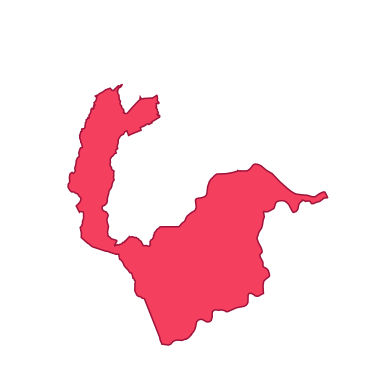 outline of Barranco De Loba, Bolívar, Colombia, rotated 154°
{"feature_id": "7082276B19488322706290", "entity_name": "Barranco De Loba", "entity_type": "district", "adm_level": 2, "iso_a3": "COL", "parent_name": "Colombia", "parent_adm1": "Bolívar", "projection": "natural_earth1", "projection_center": [-74.141, 8.804], "detail": "fine", "context": "isolated", "style": "filled", "palette": "rose", "viewbox_px": 384, "rotation_deg": 154, "n_neighbors": 0, "source": "geoboundaries", "source_scale": "gbopen_adm2", "svg_char_len": 6066}
<svg xmlns="http://www.w3.org/2000/svg" viewBox="0 0 384 384"><g transform="rotate(154 192 192)"><path d="M207.9,319.1L208.9,319.4L210.0,318.1L210.3,318.7L211.3,319.6L212.0,319.7L216.1,318.4L217.7,317.6L219.2,318.3L220.1,321.2L224.8,321.7L228.5,321.0L231.8,321.0L233.5,320.5L236.9,320.6L236.6,319.7L235.7,319.8L236.2,318.6L238.5,316.0L240.9,315.2L240.9,314.6L241.5,313.8L241.2,312.8L242.0,313.0L242.4,312.4L242.8,312.3L243.0,312.0L242.8,311.1L243.7,310.3L244.6,309.9L244.9,310.1L244.7,310.7L244.9,311.0L245.2,310.5L246.4,310.7L247.7,308.5L249.2,307.0L250.7,306.4L252.1,303.7L252.4,303.8L252.5,304.5L253.0,304.5L254.4,303.2L255.6,303.2L256.2,301.5L257.5,301.0L258.3,299.3L259.2,298.5L259.3,297.7L259.8,297.1L261.0,296.3L263.4,297.0L264.0,296.2L264.1,295.1L265.6,295.0L266.1,293.9L267.2,293.3L267.5,292.4L268.4,291.9L268.5,291.0L269.1,290.2L269.4,288.8L269.5,287.0L270.2,285.4L270.0,284.5L270.4,282.1L271.0,280.2L271.5,280.0L272.5,280.5L273.4,280.2L276.4,277.1L277.1,275.4L277.5,273.5L280.2,272.8L282.5,270.7L284.1,267.9L286.7,265.1L287.3,263.8L287.6,262.0L290.2,260.6L290.5,260.7L291.2,262.2L293.1,262.0L294.1,261.3L295.8,258.9L297.3,255.1L298.1,254.1L299.7,253.4L301.1,251.1L301.3,250.1L301.0,247.0L300.6,245.7L300.0,244.7L298.4,244.1L296.8,241.5L295.5,240.5L295.5,238.4L294.5,235.2L295.1,234.1L296.7,232.4L298.4,231.5L302.2,230.2L302.1,223.2L301.4,223.5L299.0,222.2L298.6,221.5L298.9,220.2L301.0,215.9L303.7,213.1L304.2,211.5L305.4,210.7L306.0,209.9L308.0,209.2L309.5,203.4L311.5,199.7L308.6,192.5L307.9,191.2L307.2,190.4L307.0,189.4L305.5,186.4L295.5,176.6L293.6,175.4L291.7,173.3L287.6,169.4L285.2,168.2L286.5,163.4L285.8,162.3L285.3,160.6L285.0,157.9L285.3,155.5L284.4,152.0L283.8,150.5L283.2,146.7L281.9,145.5L282.1,143.3L282.9,140.5L282.1,139.4L282.4,137.9L281.8,137.0L284.0,133.8L284.3,132.8L286.6,128.8L286.8,126.8L286.7,123.2L285.9,121.7L284.0,120.3L283.5,118.6L281.6,117.1L281.6,116.5L284.7,76.1L285.5,72.7L285.6,71.2L285.4,71.1L285.8,68.5L280.1,64.7L277.7,64.6L274.8,65.9L272.8,66.0L270.9,65.7L266.0,63.0L262.0,62.6L261.9,62.3L259.2,62.5L255.1,64.0L255.2,64.3L252.2,65.6L249.8,67.2L247.7,69.4L244.7,73.3L242.4,74.2L239.4,73.6L237.7,71.7L236.0,69.1L234.6,68.2L233.1,67.8L231.9,67.9L230.9,68.3L228.9,70.4L226.6,74.8L225.8,75.6L223.6,76.1L222.5,75.8L219.2,73.6L217.8,73.5L214.9,71.3L213.6,69.3L212.2,68.8L203.6,68.5L201.2,68.1L195.3,66.4L192.7,66.6L191.3,67.3L190.1,68.3L186.8,74.7L185.2,75.8L184.5,75.7L182.9,74.7L180.8,71.5L180.9,71.2L179.5,69.9L177.8,69.3L172.8,69.6L172.3,69.4L169.2,76.7L166.6,80.4L163.3,81.5L160.3,82.0L159.3,82.5L158.8,83.1L158.1,86.2L157.9,88.5L158.5,90.5L160.3,92.9L160.7,94.3L159.6,96.4L159.0,98.1L159.2,103.3L158.7,105.5L157.9,106.2L155.7,106.9L155.2,107.4L154.9,108.1L154.3,111.0L154.5,117.4L154.0,121.8L149.5,126.5L145.1,129.2L142.9,131.8L140.5,135.3L137.9,138.0L136.6,142.3L135.8,143.0L134.8,142.0L132.4,141.0L126.3,141.2L125.3,141.5L121.7,145.3L120.0,146.1L117.6,145.8L114.9,144.8L113.1,143.6L112.2,142.5L111.0,140.0L110.5,137.6L110.4,131.7L110.1,129.7L109.7,129.1L107.1,128.9L105.2,129.6L104.1,130.5L102.1,133.2L100.7,134.5L99.0,135.5L97.4,135.4L96.5,136.4L95.5,135.8L94.1,133.8L91.0,132.8L90.0,131.6L89.7,129.2L88.0,128.3L86.0,128.3L82.5,127.9L81.5,127.5L76.0,128.6L74.4,128.2L73.3,127.5L72.5,127.7L72.5,132.0L72.7,133.8L73.6,134.3L74.9,134.6L78.3,134.6L83.5,133.7L86.1,135.1L89.9,138.6L94.7,141.4L99.3,144.5L100.4,145.7L102.6,149.0L104.8,153.6L108.6,162.9L111.9,173.4L115.6,178.9L118.5,185.4L120.7,187.9L122.7,189.3L123.9,189.6L125.3,189.5L129.5,187.4L132.8,186.8L135.2,187.7L140.9,190.6L141.4,191.1L141.5,190.7L147.3,191.8L153.3,193.5L161.6,197.2L163.5,197.1L169.5,195.1L171.9,193.7L175.7,189.8L179.0,184.5L179.9,183.5L180.8,182.8L182.1,182.3L183.2,182.3L185.7,182.6L189.6,183.8L190.6,184.0L192.1,183.6L192.7,182.7L194.5,177.3L195.3,175.9L196.9,174.5L198.0,174.0L202.0,173.7L206.6,172.6L208.5,171.5L211.0,169.2L211.8,168.8L214.5,168.4L218.9,166.5L235.9,174.7L236.6,174.3L240.3,173.6L241.6,172.6L243.5,172.0L244.5,170.3L245.5,170.0L246.5,168.1L247.4,167.7L248.0,167.1L250.0,166.8L251.6,165.7L251.9,164.5L252.4,163.9L252.4,163.1L253.0,162.9L253.1,162.3L253.6,162.0L254.8,162.1L255.9,163.5L259.3,165.2L259.4,170.0L260.6,172.2L260.6,173.2L261.5,174.2L262.2,175.7L263.3,176.0L265.0,177.9L267.2,178.5L267.8,179.5L268.9,178.7L270.0,178.6L270.7,178.0L271.8,178.0L272.5,177.2L274.0,177.3L274.1,176.8L274.6,176.6L276.5,177.0L277.5,176.2L279.1,176.3L279.6,176.6L281.5,176.5L282.1,177.4L282.5,177.5L284.9,177.5L284.6,178.4L281.0,180.8L281.1,181.7L285.0,185.3L286.0,188.3L286.6,188.9L286.4,190.3L285.4,193.2L282.1,197.7L281.5,201.9L280.5,204.7L277.7,207.5L277.4,208.5L277.7,211.5L279.6,213.6L280.1,214.6L280.1,216.0L279.8,217.2L278.7,218.5L276.3,218.3L273.5,219.3L272.1,221.0L270.6,223.8L268.2,226.4L266.2,229.1L264.2,230.5L263.4,230.7L261.4,232.5L260.6,233.8L258.2,236.3L256.9,236.8L256.5,237.6L256.4,239.1L254.9,241.4L254.4,242.9L252.9,245.0L254.3,247.4L253.6,249.3L253.9,250.9L253.6,252.8L252.2,254.6L251.2,257.3L248.6,259.0L247.5,259.0L244.8,260.4L243.4,260.1L243.0,260.2L242.6,262.6L241.9,263.2L239.8,263.5L239.5,264.1L239.7,265.1L239.4,265.7L236.8,268.6L235.3,271.4L231.8,273.7L230.5,274.0L228.5,273.9L225.5,275.7L223.7,275.4L224.2,270.6L219.5,270.5L210.7,269.8L210.2,272.6L206.9,272.4L206.8,272.2L201.6,272.8L201.2,271.6L197.7,271.7L197.7,272.6L188.3,273.5L187.8,274.2L187.6,275.2L189.0,275.6L189.3,277.0L188.5,276.8L187.5,277.9L187.5,280.0L187.0,282.0L187.4,283.3L187.3,283.8L186.7,283.8L186.4,284.2L186.5,284.7L185.5,286.5L185.4,287.1L184.1,286.8L183.5,286.2L182.6,286.5L183.1,289.6L182.0,291.2L181.2,293.5L181.3,294.3L186.2,293.8L194.3,297.2L196.6,297.5L196.9,300.1L198.5,297.7L199.8,297.5L208.8,294.1L215.3,291.3L216.2,291.2L217.1,291.5L218.7,293.1L218.7,293.6L218.0,293.7L217.4,296.2L218.2,298.6L217.6,300.3L218.1,301.3L218.0,302.6L217.7,303.6L217.0,304.1L216.5,305.3L216.9,306.7L216.0,309.3L215.4,310.4L215.3,311.7L215.5,312.3L215.2,314.7L214.6,315.1L214.8,315.8L214.1,315.9L213.8,316.5L213.0,316.8L212.3,317.8L211.1,317.5L210.1,317.7L208.6,318.3L207.9,319.1Z" fill="#f43f5e" stroke="#9f1239" stroke-width="1.5"/></g></svg>